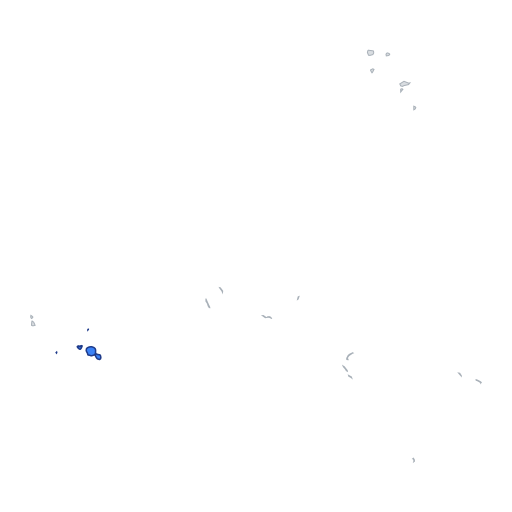 Windward Islands on a map of French Polynesia (Robinson projection)
{"feature_id": "PYF-4963", "entity_name": "Windward Islands", "entity_type": "state/province", "adm_level": 1, "iso_a3": "PYF", "parent_name": "French Polynesia", "parent_adm1": "", "projection": "robinson", "projection_center": [-149.632, -17.426], "detail": "fine", "context": "in_parent", "style": "filled", "palette": "blue", "viewbox_px": 512, "rotation_deg": 0, "n_neighbors": 0, "source": "natural_earth", "source_scale": "10m", "svg_char_len": 3284}
<svg xmlns="http://www.w3.org/2000/svg" viewBox="0 0 512 512"><path d="M95.7,353.4L100.0,355.0L100.8,357.5L99.9,359.2L97.7,358.8L96.7,357.9L95.2,354.8L91.0,355.5L88.1,354.9L86.5,350.9L86.5,349.1L87.1,348.0L90.2,346.8L94.0,347.7L95.5,349.9L95.7,353.4ZM404.0,81.3L408.5,83.1L409.9,82.9L408.5,84.6L404.0,85.6L402.5,86.4L400.7,85.9L399.8,83.9L404.0,81.3ZM372.8,54.6L369.9,55.4L368.5,55.2L367.4,52.5L367.8,50.8L368.3,50.2L373.3,50.9L373.7,52.1L373.6,53.3L372.8,54.6ZM33.8,325.7L32.6,325.8L31.5,325.3L31.8,321.7L32.1,321.0L33.7,322.2L35.1,325.3L33.8,325.7ZM81.2,348.4L80.2,349.3L79.0,348.7L78.4,347.9L78.2,346.9L78.5,345.9L81.3,346.0L82.1,346.5L81.2,348.4ZM388.2,55.6L386.3,55.9L386.0,54.2L386.6,53.3L387.4,52.9L388.9,53.4L389.7,54.1L389.6,54.8L388.2,55.6ZM372.6,72.1L372.0,72.8L370.7,70.7L370.6,69.9L372.8,68.8L374.0,69.4L372.6,72.1ZM209.7,307.1L209.8,307.7L209.2,307.6L208.1,305.9L207.7,304.4L207.0,302.7L206.0,301.5L205.9,300.3L205.9,298.6L207.0,301.3L208.0,303.5L208.8,305.3L209.7,307.1ZM347.9,359.0L348.1,359.7L347.0,359.6L346.7,359.4L346.7,358.2L347.5,356.7L348.1,355.5L349.4,354.3L351.7,353.2L352.7,352.7L353.1,353.0L352.7,353.1L349.0,355.6L347.8,357.2L347.3,358.4L347.3,358.8L347.9,359.0ZM414.9,109.2L413.8,109.8L413.8,106.2L415.2,106.8L415.8,107.4L415.5,108.4L414.9,109.2ZM347.2,370.4L347.4,371.3L346.3,370.7L345.3,369.0L343.4,366.8L343.0,365.9L344.4,366.8L345.3,368.0L347.2,370.4ZM32.1,318.2L31.5,318.5L31.0,317.9L30.7,316.9L30.9,315.4L32.4,316.4L32.9,317.1L32.1,318.2ZM402.9,89.3L400.7,92.0L400.7,89.2L401.5,88.8L402.2,88.8L402.9,89.3ZM481.3,382.4L480.7,383.2L480.6,382.5L479.8,382.1L478.7,381.4L477.1,380.6L476.3,380.4L475.9,379.9L476.5,379.7L477.4,380.1L478.8,380.8L480.3,381.6L481.3,382.4ZM222.7,291.0L222.5,292.5L221.9,291.0L220.1,288.6L219.5,287.6L220.3,287.8L222.7,291.0ZM351.4,376.9L351.8,378.1L351.1,377.5L348.8,376.3L348.5,375.3L351.4,376.9ZM270.3,317.0L271.9,318.6L269.8,317.5L267.1,317.0L268.1,316.7L269.6,316.7L270.3,317.0ZM266.5,317.5L265.3,317.7L262.4,315.6L263.5,315.6L265.2,316.9L266.5,317.5ZM461.3,375.6L461.3,376.2L458.5,373.0L459.7,373.2L461.3,375.6ZM414.5,461.2L413.7,461.8L414.0,460.9L413.4,459.0L412.7,458.8L413.4,458.2L414.3,459.7L414.5,461.2ZM298.1,299.1L297.5,299.5L298.2,296.8L299.0,296.5L298.1,299.1Z" fill="#d9dde1" stroke="#a8b0b8" stroke-width="1"/><path d="M99.8,354.8L100.5,355.7L100.8,357.2L100.6,358.7L99.6,359.5L99.1,359.4L97.5,358.9L97.1,358.6L96.1,357.2L95.4,355.7L95.1,354.6L95.0,354.3L94.7,354.3L94.5,354.6L94.4,354.9L94.3,355.0L93.7,355.1L91.9,355.7L91.3,355.8L90.8,355.7L89.9,355.3L88.2,355.0L87.9,354.8L87.3,352.8L87.1,352.5L86.9,352.2L86.6,351.6L86.3,351.0L86.2,350.3L86.5,348.7L87.4,347.8L88.6,347.2L89.9,346.9L91.2,346.7L92.5,347.0L93.8,347.5L94.8,348.3L95.1,348.6L95.3,349.1L95.5,349.6L95.6,350.2L95.5,352.5L95.6,353.2L96.3,354.1L97.5,354.5L99.8,354.8ZM81.7,345.7L82.0,345.8L82.0,346.2L81.4,347.7L80.9,348.6L80.3,349.2L79.7,349.2L79.0,348.8L78.2,348.1L77.5,347.3L77.3,346.6L77.6,346.3L78.1,346.0L78.7,346.0L78.9,346.3L79.0,346.6L79.3,346.6L79.5,346.5L79.5,346.4L79.8,346.3L80.0,346.2L80.5,346.4L80.6,346.0L80.9,345.8L81.2,345.7L81.7,345.7ZM56.2,352.6L56.6,352.2L56.7,352.6L56.5,353.0L56.2,352.6ZM88.0,329.5L88.2,329.3L88.3,329.3L88.3,329.5L87.9,329.9L87.9,329.7L88.0,329.5Z" fill="#3b82f6" stroke="#1e3a8a" stroke-width="1.5"/></svg>